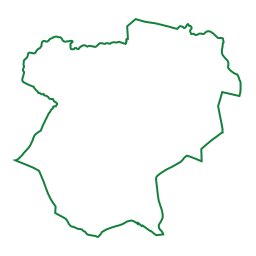 the district of Kota Payakumbuh, Sumatera Barat, Indonesia
{"feature_id": "22746128B75816793285642", "entity_name": "Kota Payakumbuh", "entity_type": "district", "adm_level": 2, "iso_a3": "IDN", "parent_name": "Indonesia", "parent_adm1": "Sumatera Barat", "projection": "robinson", "projection_center": [100.624, -0.229], "detail": "fine", "context": "isolated", "style": "outline", "palette": "green", "viewbox_px": 256, "rotation_deg": 0, "n_neighbors": 0, "source": "geoboundaries", "source_scale": "gbopen_adm2", "svg_char_len": 5424}
<svg xmlns="http://www.w3.org/2000/svg" viewBox="0 0 256 256"><path d="M177.3,28.9L172.8,27.8L169.9,26.9L159.1,24.2L155.8,23.4L148.4,22.3L145.2,21.8L135.6,19.1L127.2,26.3L127.3,28.7L127.8,36.6L127.9,38.9L127.0,39.0L126.6,39.1L126.3,39.6L126.2,40.2L126.5,40.5L126.6,40.9L126.6,41.4L126.3,41.9L126.0,42.2L126.1,42.8L126.0,43.3L125.5,43.9L118.9,41.8L117.4,42.4L116.3,42.5L114.6,42.3L113.3,42.3L112.6,42.3L111.3,42.9L110.9,43.1L110.2,43.7L109.8,43.7L106.9,43.1L105.6,43.5L104.6,43.9L102.2,43.3L99.9,43.2L98.5,44.3L96.4,46.4L95.4,46.9L94.1,46.8L93.7,46.6L93.0,46.3L92.6,46.3L91.8,46.4L91.1,46.1L90.5,45.9L89.3,45.8L89.0,45.9L87.4,46.6L86.1,46.0L85.8,45.7L85.5,45.6L85.2,45.4L84.4,45.3L83.9,45.2L82.8,45.6L82.5,45.8L81.7,46.0L81.2,46.4L81.0,46.5L80.7,46.8L80.1,47.1L79.7,47.5L78.9,48.7L78.4,49.1L77.9,49.1L77.6,49.0L77.3,48.9L76.6,48.4L76.2,48.1L75.9,48.0L75.5,48.0L74.7,48.2L74.4,48.9L74.1,49.2L73.5,49.3L73.0,49.2L72.3,49.2L71.6,49.2L71.2,49.1L70.9,48.6L70.6,48.1L70.5,47.2L70.6,46.4L70.5,45.8L70.4,45.5L70.6,45.0L70.4,44.1L70.7,43.5L71.1,43.2L71.6,42.7L72.0,42.5L72.4,42.2L72.5,41.7L72.5,41.3L72.3,41.1L72.0,40.9L70.6,40.8L69.7,41.0L69.2,41.2L68.0,41.3L66.8,41.4L66.2,41.6L65.5,41.7L64.7,41.6L64.1,41.5L63.7,41.1L63.1,40.8L62.7,40.4L62.2,39.4L61.7,38.6L61.2,38.0L60.4,37.3L58.3,37.2L57.6,36.9L57.0,36.7L56.1,36.7L55.3,36.7L53.3,37.3L51.8,38.3L51.1,38.5L50.4,38.7L49.5,39.3L49.2,39.7L49.0,40.2L48.6,40.6L47.9,41.1L47.4,41.4L46.4,41.6L45.7,41.6L45.3,41.3L44.8,41.0L44.3,40.9L43.6,40.9L43.0,41.3L42.5,41.7L42.0,42.3L41.5,44.8L41.4,46.1L40.9,46.6L40.5,47.3L39.9,48.1L39.4,48.4L38.4,48.8L37.6,49.5L36.8,50.4L36.2,51.3L35.7,52.1L35.5,52.6L35.1,53.0L34.4,53.3L33.7,53.4L33.0,53.3L31.5,52.8L29.4,52.7L28.8,52.9L28.3,53.3L27.9,54.5L27.7,55.8L27.3,56.9L26.9,57.6L26.4,58.2L25.8,58.6L25.2,59.2L24.3,60.0L23.9,60.7L23.5,64.8L24.1,66.6L23.6,67.6L23.4,68.6L23.0,69.8L23.0,70.6L24.1,72.1L24.1,72.7L23.6,74.5L23.3,75.8L22.4,78.6L22.3,79.2L22.3,80.1L22.3,80.4L22.8,81.3L23.0,81.7L23.5,82.2L23.9,82.4L24.4,82.6L27.3,84.2L30.2,85.4L33.4,86.7L33.8,86.9L33.9,87.3L34.3,88.0L36.1,90.2L36.7,90.8L37.2,91.1L38.1,92.1L38.3,92.9L39.6,93.0L40.0,93.3L40.6,93.7L41.2,94.1L41.7,94.3L42.3,94.3L43.0,94.1L43.3,93.9L43.5,94.0L43.8,94.2L43.9,94.5L44.0,94.7L44.0,95.0L44.2,95.4L46.3,95.8L47.2,96.3L48.2,97.0L49.1,98.4L49.5,98.6L50.2,98.9L51.9,99.1L52.6,99.0L53.1,99.2L53.2,99.3L53.7,100.9L54.8,101.8L55.2,101.9L55.5,102.1L56.2,102.6L57.1,103.6L57.2,104.1L56.2,105.6L55.9,106.3L55.4,106.4L55.2,106.3L54.1,106.3L53.2,106.7L53.1,106.9L53.1,107.7L52.9,108.2L52.8,108.4L52.6,108.6L52.4,108.8L51.7,109.2L51.4,109.4L50.0,111.9L49.4,112.7L49.2,112.9L48.6,113.7L46.9,117.3L46.1,118.8L45.4,120.1L45.0,121.1L42.9,125.4L42.2,127.1L41.6,128.6L41.3,129.1L41.2,130.0L40.5,130.8L38.4,132.1L35.3,134.4L34.1,136.2L33.8,137.3L33.5,137.7L33.0,138.8L32.8,140.0L30.3,145.2L29.2,147.0L26.6,150.0L24.0,152.7L22.3,155.0L18.5,158.8L17.1,159.7L16.0,160.2L15.4,160.3L16.2,160.7L28.4,165.6L33.5,167.8L39.0,170.8L40.9,175.1L43.6,181.7L46.4,189.4L47.9,193.3L48.9,195.3L50.6,198.9L51.9,201.1L55.6,206.5L55.2,213.0L60.0,215.6L62.7,217.0L66.0,219.0L67.9,222.0L68.9,224.0L70.8,226.2L74.7,227.3L77.4,228.7L80.6,229.1L81.8,229.5L83.6,231.1L85.3,231.9L86.1,233.1L87.2,234.4L88.9,234.9L92.8,235.6L95.6,236.0L97.2,236.9L98.2,236.9L100.7,234.1L102.1,231.9L106.5,229.4L110.9,227.8L115.5,226.3L119.0,225.4L122.8,224.0L127.3,221.4L131.2,220.5L133.6,221.1L135.9,222.5L137.8,224.0L138.0,222.9L139.2,223.7L140.7,225.2L141.9,226.1L142.5,225.5L150.1,230.9L151.1,231.1L153.8,233.4L156.3,235.2L163.2,234.4L162.8,232.9L161.9,231.6L160.6,230.1L159.8,229.3L159.1,228.1L158.8,226.5L158.8,225.3L159.0,224.8L159.3,224.0L159.8,223.3L160.9,221.6L161.4,220.4L161.9,219.5L162.3,218.6L162.7,217.3L162.7,215.9L162.6,214.3L162.0,210.7L159.8,204.0L158.7,200.6L157.9,195.2L157.5,192.1L157.2,188.8L156.1,180.3L156.1,178.2L156.4,177.1L157.3,175.9L158.7,174.7L161.3,172.8L165.4,170.2L168.3,168.6L170.4,167.6L173.1,166.2L180.0,162.3L180.8,161.7L182.0,160.6L183.2,159.2L183.8,158.3L184.5,157.5L187.0,155.6L191.0,157.0L195.9,158.9L199.7,160.5L201.6,161.2L201.5,154.8L201.3,150.1L201.4,148.9L207.3,143.8L212.5,139.5L216.9,136.4L219.3,134.5L221.7,132.8L222.6,132.5L222.5,132.3L222.5,131.8L222.5,129.8L222.5,128.7L218.1,106.1L219.3,102.3L222.2,92.1L231.5,94.2L239.4,96.0L239.7,94.8L240.1,93.4L240.4,92.0L240.6,88.1L240.6,86.2L240.5,82.4L240.3,81.3L240.0,80.8L239.8,80.6L239.6,80.3L238.7,77.4L237.9,75.5L237.3,74.5L236.7,74.3L235.1,73.7L233.6,72.9L231.6,71.4L229.9,70.0L228.8,68.6L228.1,67.6L228.1,66.7L228.3,64.9L228.4,63.2L228.2,62.3L227.5,60.6L224.6,57.5L222.6,54.9L222.2,53.9L221.9,52.3L221.9,51.1L221.9,50.1L222.1,48.8L222.5,47.1L222.6,45.0L222.8,44.0L222.9,43.3L223.1,42.8L223.6,42.4L223.0,38.8L222.5,38.2L221.7,38.0L220.4,38.0L219.4,38.1L217.7,37.8L213.9,34.1L212.3,32.8L210.6,31.7L208.5,31.2L207.5,31.3L206.6,31.6L205.5,32.4L204.8,33.1L204.0,33.8L203.3,34.0L202.4,34.0L201.6,33.7L201.0,33.6L199.7,33.6L198.7,33.9L197.9,34.4L197.0,34.8L196.5,34.9L195.9,35.0L195.2,34.9L194.7,34.5L194.2,34.0L193.7,33.8L193.0,33.8L191.4,34.1L191.1,33.9L190.8,33.1L190.1,31.3L190.1,30.8L190.4,29.9L191.2,29.1L191.5,28.6L191.6,27.9L191.5,27.2L190.9,26.4L190.2,25.9L189.4,25.9L189.0,25.7L188.8,25.3L189.2,24.5L188.8,25.3L188.5,25.0L188.3,24.3L188.1,24.1L187.8,24.1L187.4,24.3L186.3,26.1L185.7,27.1L185.2,27.6L184.8,27.9L184.4,27.8L183.8,27.9L183.1,27.1L182.1,26.6L180.8,26.2L179.5,26.4L177.3,28.9Z" fill="none" stroke="#15803d" stroke-width="2"/></svg>